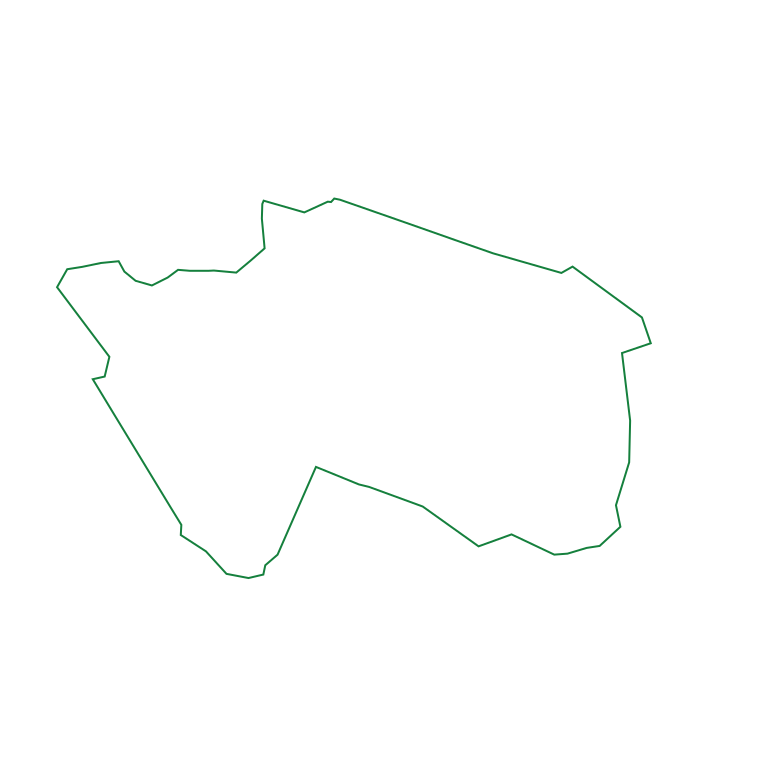 Middlesex, New Jersey, United States of America, rotated 245°
{"feature_id": "52423323B55507665446718", "entity_name": "Middlesex", "entity_type": "district", "adm_level": 2, "iso_a3": "USA", "parent_name": "United States of America", "parent_adm1": "New Jersey", "projection": "albers", "projection_center": [-74.38, 40.43], "detail": "fine", "context": "isolated", "style": "outline", "palette": "green", "viewbox_px": 768, "rotation_deg": 245, "n_neighbors": 0, "source": "geoboundaries", "source_scale": "gbopen_adm2", "svg_char_len": 910}
<svg xmlns="http://www.w3.org/2000/svg" viewBox="0 0 768 768"><g transform="rotate(245 384 384)"><path d="M308.2,643.0L335.3,645.9L410.7,604.5L409.7,591.7L456.4,538.0L484.5,509.2L525.2,467.6L569.6,422.0L573.1,417.3L571.3,412.9L573.0,410.1L573.2,384.3L601.0,352.4L598.6,349.8L585.5,343.2L561.8,334.7L557.4,333.1L552.2,315.2L547.4,297.2L558.7,277.8L561.0,272.2L568.7,255.8L574.5,245.6L571.9,232.9L571.4,215.3L582.5,202.5L595.6,196.2L607.4,195.4L613.3,178.6L617.7,160.0L621.9,145.4L609.9,128.6L524.7,146.6L508.8,134.0L511.4,122.1L471.9,126.4L449.3,128.9L362.1,138.5L342.0,140.8L333.0,136.0L307.6,151.9L278.5,161.0L265.4,179.2L262.3,194.1L269.9,199.8L274.3,215.4L337.6,287.3L303.6,318.8L297.1,326.9L256.6,367.3L196.9,401.1L193.8,436.0L157.4,466.2L152.7,478.6L149.8,498.4L146.1,511.0L154.7,537.9L176.1,543.0L209.4,573.1L246.8,591.6L311.5,612.8L308.2,643.0Z" fill="none" stroke="#15803d" stroke-width="2"/></g></svg>